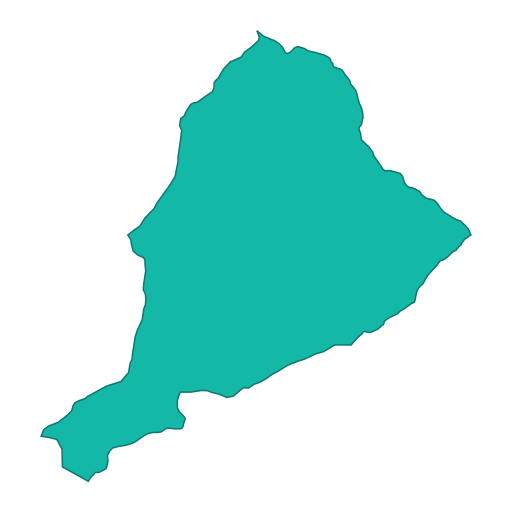 Namgyel Chhoeling, Samchi, Bhutan (Robinson projection)
{"feature_id": "84629894B20961407724011", "entity_name": "Namgyel Chhoeling", "entity_type": "district", "adm_level": 2, "iso_a3": "BTN", "parent_name": "Bhutan", "parent_adm1": "Samchi", "projection": "robinson", "projection_center": [88.995, 27.065], "detail": "fine", "context": "isolated", "style": "filled", "palette": "teal", "viewbox_px": 512, "rotation_deg": 0, "n_neighbors": 0, "source": "geoboundaries", "source_scale": "gbopen_adm2", "svg_char_len": 4859}
<svg xmlns="http://www.w3.org/2000/svg" viewBox="0 0 512 512"><path d="M41.1,436.3L42.8,436.5L48.6,437.4L56.8,439.4L62.0,449.1L62.4,466.9L70.5,471.4L88.3,481.3L90.5,477.7L95.4,472.5L99.0,472.4L106.2,468.6L106.5,467.2L107.1,465.5L108.0,461.0L107.4,455.5L109.7,451.1L112.4,448.1L117.8,446.6L124.5,445.5L129.7,444.1L134.1,442.5L135.1,441.9L139.2,439.0L143.7,435.9L147.0,434.0L150.0,432.9L152.4,432.6L154.3,432.4L156.9,432.5L159.3,432.1L160.9,432.0L162.7,430.9L164.9,429.2L166.4,428.5L167.7,428.1L169.2,428.2L172.3,428.5L175.7,428.9L179.1,428.8L181.0,428.7L182.0,428.2L182.5,427.4L183.0,426.5L183.3,425.1L183.6,424.2L183.7,423.1L184.2,422.0L185.1,419.5L184.9,418.1L184.6,417.2L183.8,416.4L183.2,415.6L182.2,414.6L180.3,412.7L179.0,411.2L178.5,409.7L177.5,408.2L177.4,406.5L177.4,404.0L177.3,401.0L177.8,399.2L178.7,396.0L180.3,392.1L191.0,392.1L201.1,390.5L207.5,390.7L212.3,392.6L216.4,393.5L220.5,394.7L226.7,397.4L230.4,396.7L233.4,396.1L240.2,390.3L243.1,387.9L248.9,387.9L254.1,384.2L257.3,383.2L261.6,381.3L267.1,378.0L272.1,374.4L278.2,371.2L283.3,368.0L286.4,366.1L287.4,365.4L289.9,364.4L291.7,363.4L294.2,362.8L298.1,361.1L304.3,359.2L310.2,356.5L316.1,353.7L323.4,351.7L329.1,348.4L333.1,345.8L335.3,344.9L340.1,344.9L351.2,345.0L352.1,343.8L353.1,342.7L354.0,341.6L355.0,340.6L355.9,339.6L356.9,338.5L357.6,337.8L360.2,335.3L361.8,334.1L363.1,331.9L364.2,331.6L366.2,331.7L367.3,332.3L369.9,332.5L372.0,331.9L373.1,331.3L374.3,330.8L375.6,330.2L376.9,329.6L378.1,329.0L379.2,328.1L380.2,327.2L381.4,325.7L382.5,325.1L383.5,324.6L383.9,323.2L384.2,321.8L385.1,320.7L386.2,319.8L387.3,319.0L388.5,318.2L389.7,317.5L391.0,316.8L392.2,316.2L393.5,315.7L394.8,315.1L396.0,314.5L397.3,313.9L398.4,313.1L399.2,311.9L400.3,311.0L401.5,310.3L402.7,309.7L403.9,309.0L405.1,308.2L406.2,307.4L407.3,306.5L408.5,305.7L409.6,304.8L410.7,304.0L411.9,303.3L413.3,302.8L414.4,302.2L414.9,300.9L415.2,299.4L415.5,298.0L415.7,296.6L416.0,295.1L416.3,293.7L416.6,292.3L417.1,291.0L417.7,289.7L418.4,288.4L419.2,287.3L420.2,286.2L421.2,285.3L422.3,284.4L423.2,283.3L423.9,282.1L424.6,280.8L425.2,279.5L425.9,278.3L426.6,277.1L427.4,275.9L428.3,274.8L429.2,273.7L430.1,272.6L431.1,271.6L432.0,270.5L433.0,269.5L433.9,268.5L434.9,267.4L435.9,266.4L436.8,265.3L437.7,264.2L438.5,263.1L439.4,261.9L440.3,260.8L441.5,260.3L442.9,260.0L444.1,259.4L445.3,258.7L446.4,257.8L447.5,256.9L448.5,256.0L449.5,255.0L450.5,254.0L451.5,253.0L452.6,252.1L453.8,251.3L455.0,250.7L456.2,250.1L457.0,248.7L457.8,247.9L459.0,246.5L459.9,245.7L460.9,245.0L461.5,243.4L462.1,242.6L462.9,241.6L463.7,240.5L464.6,239.3L465.5,238.7L466.5,237.9L467.2,237.5L468.2,236.9L469.1,236.0L470.1,235.5L470.9,235.1L469.4,231.3L468.2,228.9L466.2,226.6L463.0,223.4L460.6,221.1L457.0,219.8L452.2,217.3L445.5,213.1L442.9,211.2L440.0,207.5L437.6,203.7L434.2,200.2L426.0,198.1L424.1,196.6L421.8,194.7L419.4,191.3L414.8,188.9L411.6,187.5L409.9,187.5L408.3,186.9L406.7,185.8L405.3,183.8L404.0,181.7L403.7,179.8L402.6,176.5L400.3,173.5L396.0,172.2L390.4,170.7L387.3,170.6L385.1,170.9L383.0,169.3L381.4,166.7L379.6,164.1L374.4,156.7L373.4,154.5L372.7,152.1L368.8,146.8L365.9,144.1L364.0,142.4L362.1,140.6L361.0,138.2L360.6,133.4L359.0,129.5L359.3,127.1L360.7,125.6L361.9,122.9L362.1,120.9L363.0,118.1L362.6,112.0L361.9,109.7L361.2,107.6L360.3,105.2L359.3,103.3L358.7,101.2L358.1,99.0L357.5,96.3L355.9,90.7L354.9,89.1L352.1,85.8L350.4,83.7L349.7,80.4L344.7,74.1L343.0,71.3L341.3,69.5L339.1,68.7L336.5,68.0L335.2,67.3L333.9,67.0L333.1,66.5L332.8,63.5L330.9,61.7L330.4,59.4L329.6,58.2L327.0,56.4L324.1,55.1L316.1,52.7L308.0,50.8L304.6,48.6L301.0,47.5L298.0,46.5L294.4,47.9L291.5,51.2L289.7,52.5L287.4,53.6L285.5,52.9L284.2,50.4L282.6,47.5L281.2,45.8L278.7,43.4L274.5,40.6L271.0,39.4L267.7,37.9L265.3,36.9L262.5,35.5L256.9,30.7L259.2,36.8L258.7,40.3L253.9,44.9L250.1,48.1L244.7,51.9L241.2,57.0L232.8,60.8L230.2,61.9L225.7,66.8L223.6,68.9L219.9,75.1L218.4,78.1L215.3,80.8L214.0,83.2L214.1,84.8L214.1,87.7L212.6,91.5L210.5,92.9L202.7,98.3L197.3,102.2L193.7,102.8L190.7,104.4L189.8,105.7L187.7,109.0L185.4,113.0L184.4,115.7L180.7,118.6L179.6,125.4L181.7,130.4L180.4,140.5L180.2,141.9L178.0,157.5L178.1,161.4L176.1,171.0L175.2,176.2L170.9,183.6L166.8,189.4L162.1,195.9L156.9,203.1L153.9,208.9L149.4,213.3L144.8,218.3L139.9,226.0L134.4,229.9L127.8,235.0L130.8,239.7L131.3,243.5L133.2,251.1L138.0,255.2L143.1,257.3L144.9,259.7L145.0,264.0L145.7,270.9L143.7,283.9L143.3,289.6L145.4,294.3L145.9,300.3L145.3,305.1L143.7,309.2L143.1,313.7L142.8,315.4L142.2,319.7L137.2,330.6L135.0,337.5L133.5,348.0L132.6,353.2L132.2,357.6L131.9,359.9L130.2,362.9L129.1,369.3L128.6,372.5L125.9,375.6L120.9,381.6L107.0,385.9L101.1,389.1L93.6,393.2L92.8,393.7L87.6,396.4L85.4,398.4L79.2,400.6L74.9,402.8L73.1,405.6L71.7,410.7L68.8,413.8L63.8,418.0L58.1,422.3L48.3,426.2L43.7,429.8L41.1,436.3Z" fill="#14b8a6" stroke="#0f766e" stroke-width="1.5"/></svg>